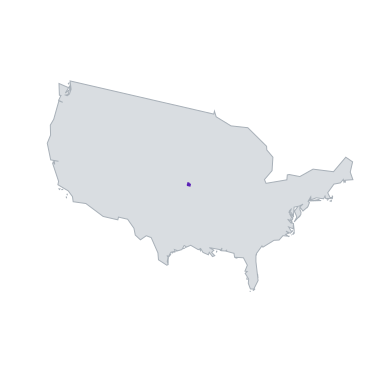 Geary, Kansas, United States of America shown in context, rotated 13°
{"feature_id": "52423323B10299341155565", "entity_name": "Geary", "entity_type": "district", "adm_level": 2, "iso_a3": "USA", "parent_name": "United States of America", "parent_adm1": "Kansas", "projection": "mercator", "projection_center": [-96.82, 39.045], "detail": "fine", "context": "in_parent", "style": "filled", "palette": "violet", "viewbox_px": 384, "rotation_deg": 13, "n_neighbors": 0, "source": "geoboundaries", "source_scale": "gbopen_adm2", "svg_char_len": 4045}
<svg xmlns="http://www.w3.org/2000/svg" viewBox="0 0 384 384"><g transform="rotate(13 192 192)"><path d="M304.8,142.5L325.3,140.4L334.0,123.5L341.7,126.5L341.7,137.0L346.0,143.8L338.2,146.2L337.8,148.1L336.6,145.7L334.6,149.7L328.5,152.4L324.4,162.2L327.7,166.3L330.0,165.8L329.4,164.0L330.1,164.9L330.2,166.9L323.7,168.2L322.5,166.0L321.8,169.0L314.4,169.7L308.7,173.5L309.3,171.3L308.8,169.9L307.2,175.0L308.8,175.9L308.2,180.2L304.4,185.6L300.5,182.3L302.9,178.8L300.1,181.2L301.2,185.0L302.8,187.2L303.1,189.6L298.3,198.2L299.8,192.8L296.1,187.6L298.6,182.1L294.9,183.8L296.1,191.9L292.6,189.4L291.4,189.7L292.5,187.2L292.4,186.4L291.2,188.4L291.1,190.1L296.5,193.2L295.3,194.6L292.9,191.8L292.0,191.3L295.0,194.7L296.3,195.4L295.5,197.4L293.9,195.8L296.4,198.8L295.8,199.2L294.6,197.7L291.3,197.0L295.3,199.9L297.9,199.8L300.4,207.0L298.2,201.5L298.9,205.1L294.0,204.3L297.5,207.9L299.2,206.9L297.0,210.1L292.4,208.9L295.2,210.6L292.7,212.2L295.6,213.4L290.4,214.1L287.7,219.2L282.8,220.6L273.5,229.8L272.3,228.8L268.8,237.1L268.5,239.1L269.9,245.3L276.3,263.4L274.0,272.8L270.7,273.3L267.4,268.3L266.8,264.1L262.1,259.3L263.7,257.1L261.4,257.2L262.4,250.9L256.9,244.5L248.2,246.0L246.7,242.3L238.2,242.0L239.2,240.5L237.7,242.0L233.9,242.6L233.8,239.8L233.2,241.8L221.4,242.3L226.4,243.8L224.7,246.4L228.5,248.9L226.5,250.3L222.4,246.9L222.1,249.5L216.3,248.4L213.1,245.1L211.1,246.8L202.7,244.2L197.8,247.8L199.1,246.8L196.4,245.9L195.1,250.4L189.9,253.3L191.1,252.4L187.8,252.0L188.9,253.5L185.0,255.4L183.5,260.3L181.8,259.5L183.3,260.8L183.5,265.3L185.1,268.1L183.9,269.0L174.6,265.6L172.5,259.0L162.5,245.6L157.3,244.9L152.5,250.2L146.4,246.7L143.6,240.4L135.4,233.0L126.0,233.0L126.0,235.8L110.9,235.8L91.2,227.1L78.4,228.2L76.6,223.4L71.1,218.7L59.7,215.1L59.6,211.6L49.8,195.5L50.0,193.8L52.0,196.0L50.7,192.4L55.0,192.1L47.1,192.5L40.0,177.0L41.4,168.4L38.9,158.7L40.9,152.3L41.8,133.2L45.9,133.7L41.4,132.7L42.6,127.4L41.0,127.5L38.0,116.2L48.3,118.1L46.3,124.1L49.6,119.9L49.3,124.8L46.9,126.0L48.7,126.3L50.5,124.2L51.1,119.1L48.2,111.2L195.7,111.2L195.7,108.2L198.6,113.3L215.1,118.8L231.9,116.8L254.4,130.7L255.4,134.2L263.0,139.9L265.2,153.2L259.8,163.6L262.2,166.9L281.7,158.8L281.0,153.9L282.8,153.1L293.6,152.7L304.8,142.5ZM316.6,171.8L319.8,171.3L308.4,174.3L317.8,170.6L316.6,171.8ZM49.1,116.1L50.5,119.3L50.4,119.8L48.5,117.4L49.1,116.1ZM184.9,267.3L183.7,263.3L183.8,261.1L184.0,263.5L184.9,267.3ZM339.0,146.6L339.0,148.1L338.4,147.8L339.0,146.6ZM213.2,246.3L213.4,247.2L212.5,246.4L213.2,246.3ZM64.1,219.1L65.4,218.5L65.5,218.7L64.1,219.1ZM62.7,218.7L62.2,219.4L61.7,218.8L62.7,218.7ZM326.7,168.5L325.8,169.4L325.5,169.2L326.7,168.5ZM184.5,259.0L183.8,260.8L185.5,257.3L184.5,259.0ZM274.5,257.5L275.7,261.0L274.3,257.2L274.5,257.5ZM70.8,222.2L71.4,223.2L70.7,222.3L70.8,222.2ZM274.6,273.3L273.5,274.4L275.2,272.1L274.6,273.3ZM300.8,209.5L299.6,210.9L300.6,207.3L300.8,209.5ZM47.6,113.5L47.7,114.5L47.1,114.0L47.6,113.5ZM189.0,254.2L187.2,255.0L189.0,253.9L189.0,254.2ZM329.7,168.9L329.7,169.9L328.7,169.7L329.7,168.9ZM70.8,225.1L71.2,226.3L70.6,225.2L70.8,225.1ZM186.7,255.7L186.0,256.2L186.6,255.4L186.7,255.7ZM302.6,191.2L301.3,193.3L302.8,190.4L302.6,191.2ZM197.2,248.6L196.1,249.3L197.8,248.1L197.2,248.6ZM269.0,238.0L268.8,239.5L268.7,238.5L269.0,238.0ZM296.0,213.7L295.6,214.0L296.8,212.8L296.0,213.7ZM251.3,245.7L249.9,246.5L249.3,246.3L251.3,245.7ZM233.3,242.4L233.0,242.6L232.2,242.6L233.3,242.4ZM265.3,264.3L265.5,265.3L265.0,264.1L265.3,264.3ZM229.6,244.5L229.3,245.4L229.3,243.7L229.6,244.5ZM271.3,275.7L270.5,275.8L271.6,275.6L271.3,275.7ZM307.9,180.9L307.3,182.0L308.0,180.5L307.9,180.9ZM298.7,211.2L298.1,211.6L298.7,211.2Z" fill="#d9dde1" stroke="#a8b0b8" stroke-width="1"/><path d="M186.1,184.7L186.1,185.2L186.0,185.9L186.2,186.5L186.4,186.5L186.8,186.5L188.5,186.5L188.5,185.3L188.5,185.1L188.4,185.1L187.6,185.1L187.4,185.1L186.8,185.0L186.6,185.0L186.6,184.9L186.8,184.7L186.7,184.7L186.7,184.1L186.1,184.1L186.1,184.7L186.1,184.7Z" fill="#8b5cf6" stroke="#5b21b6" stroke-width="1.5"/></g></svg>